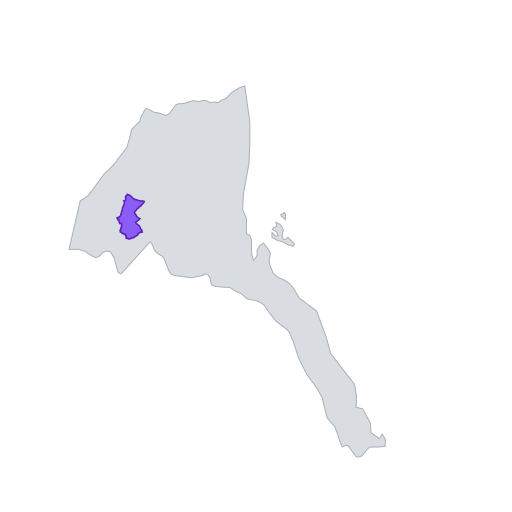 location of Gogne, Gash Barka, Eritrea, rotated 19°
{"feature_id": "51966322B22104639237429", "entity_name": "Gogne", "entity_type": "district", "adm_level": 2, "iso_a3": "ERI", "parent_name": "Eritrea", "parent_adm1": "Gash Barka", "projection": "albers", "projection_center": [37.411, 15.143], "detail": "fine", "context": "in_parent", "style": "filled", "palette": "violet", "viewbox_px": 512, "rotation_deg": 19, "n_neighbors": 0, "source": "geoboundaries", "source_scale": "gbopen_adm2", "svg_char_len": 7221}
<svg xmlns="http://www.w3.org/2000/svg" viewBox="0 0 512 512"><g transform="rotate(19 256 256)"><path d="M77.0,310.5L75.3,294.2L74.2,283.4L73.0,271.9L71.9,261.0L77.1,254.4L79.5,248.1L85.8,227.5L88.2,223.4L93.1,212.4L93.8,209.2L98.6,195.4L98.1,186.1L97.2,176.8L99.8,171.3L102.2,166.9L102.0,163.2L103.1,154.5L103.8,152.3L106.7,152.2L112.5,153.3L116.8,152.5L121.7,152.4L125.5,152.2L127.8,149.5L130.9,139.4L132.9,137.4L134.4,136.8L138.8,134.9L142.5,131.9L145.6,129.8L146.7,129.4L149.9,129.1L153.1,127.8L154.6,126.4L158.6,125.3L162.6,125.9L165.3,124.6L167.1,123.8L169.1,123.8L170.9,122.6L171.7,120.8L172.9,119.6L176.0,117.0L177.4,115.1L178.0,113.2L178.6,111.6L180.0,109.0L185.3,102.6L190.0,98.8L206.5,131.3L213.2,150.5L219.2,170.6L223.8,200.8L228.1,216.1L234.8,223.7L239.6,238.0L243.5,238.5L246.4,242.4L251.4,255.9L255.0,260.9L256.8,256.5L256.6,254.0L255.1,249.9L256.3,244.5L259.0,241.3L265.3,245.6L268.8,248.9L269.8,255.5L271.2,259.1L277.9,266.8L283.4,269.0L290.6,269.5L296.6,271.1L301.5,273.9L310.6,281.7L331.3,288.3L348.3,309.2L358.3,323.8L391.0,345.4L396.8,356.0L399.9,366.4L406.7,365.8L418.6,376.9L422.2,385.5L431.9,388.5L433.4,383.3L438.1,387.4L440.1,393.9L434.1,396.7L427.4,399.1L426.4,399.1L424.3,402.1L421.3,410.5L417.8,413.0L416.0,413.2L405.2,405.7L403.6,405.3L401.4,406.9L399.7,408.5L394.7,402.8L391.0,397.7L385.9,391.6L381.0,389.0L375.7,385.6L370.5,377.6L365.1,368.8L357.2,361.6L342.6,351.4L329.2,338.3L318.9,324.5L312.3,317.3L309.5,315.5L296.0,311.1L286.5,304.9L279.3,299.7L274.8,298.4L270.5,298.3L261.4,299.4L253.8,296.2L250.6,296.2L245.5,295.3L241.5,294.2L236.8,295.7L227.2,298.1L223.3,297.6L221.1,294.3L219.8,291.8L216.4,289.3L213.7,289.3L212.2,291.6L202.1,297.6L185.3,301.0L181.4,300.7L178.4,298.4L169.8,288.3L167.4,286.7L165.5,286.5L161.5,285.3L157.8,283.4L154.6,279.3L151.4,276.9L147.9,285.0L141.8,299.2L138.5,306.9L134.3,316.7L133.0,317.0L130.8,316.2L122.4,304.0L117.1,299.4L113.2,299.9L110.3,302.1L108.5,306.2L106.5,308.7L104.4,309.7L99.8,309.2L92.7,307.2L85.5,307.6L78.0,310.4L77.0,310.5ZM274.0,228.4L276.3,231.3L277.8,231.0L279.1,230.0L279.9,227.9L288.5,232.0L288.1,234.7L283.0,235.0L277.0,233.9L271.5,234.3L265.0,233.2L263.4,228.5L267.6,230.7L269.8,230.1L270.2,229.5L267.2,226.3L263.0,225.8L263.3,223.2L265.1,222.2L266.2,221.0L263.8,217.6L268.5,218.3L271.5,220.4L273.4,222.8L274.0,228.4ZM270.2,206.6L272.1,212.0L266.8,210.0L265.9,208.9L268.2,206.7L268.6,205.4L270.2,206.6Z" fill="#d9dde1" stroke="#a8b0b8" stroke-width="1"/><path d="M134.1,258.6L133.5,258.6L133.1,258.3L132.5,258.2L131.6,257.9L131.4,257.8L131.0,257.7L130.8,257.6L130.3,257.4L130.0,257.2L129.6,256.7L129.3,256.4L129.0,256.1L128.7,256.0L128.6,255.9L128.1,255.5L127.9,255.5L127.6,255.3L127.3,255.1L127.1,254.9L126.9,254.6L126.9,254.3L126.9,254.1L127.0,253.8L127.1,253.3L127.7,252.1L127.8,251.7L128.0,251.1L128.2,250.3L128.3,249.8L128.3,249.7L128.6,249.5L128.9,249.3L129.1,249.1L129.3,248.8L129.5,248.6L129.5,248.1L129.5,247.7L129.6,247.4L129.7,247.2L129.8,247.1L130.1,247.1L130.2,246.7L130.3,246.5L130.6,246.4L130.8,246.3L131.0,246.1L131.2,245.6L131.2,245.4L131.1,244.9L131.4,244.4L131.7,243.8L131.9,243.5L132.0,243.1L132.3,242.7L132.5,242.1L132.6,240.8L132.3,240.8L132.0,240.7L131.9,240.8L131.5,240.8L131.0,240.9L130.4,241.0L130.2,241.1L129.9,241.2L129.7,241.3L129.0,241.4L128.7,241.6L128.1,241.7L127.8,241.7L127.6,241.7L127.0,241.7L126.9,241.7L126.6,241.7L126.1,241.8L125.6,241.7L124.5,241.8L124.4,241.8L123.9,241.8L123.6,241.8L123.2,241.9L122.9,241.8L122.5,241.8L122.1,241.8L121.9,241.8L121.8,241.7L121.5,241.8L121.3,241.8L121.0,241.6L120.7,241.5L120.6,241.3L120.3,241.2L120.1,241.1L119.8,241.0L119.4,240.6L119.2,240.5L118.7,240.3L118.2,240.1L117.6,240.0L117.4,239.8L117.2,239.7L116.8,239.7L116.6,239.6L116.4,239.6L116.2,239.6L115.6,239.6L115.3,239.6L115.2,239.7L114.9,239.6L114.3,239.6L114.4,239.8L114.5,239.9L114.5,240.1L114.4,240.3L114.2,240.6L113.8,240.9L113.6,241.0L113.5,241.6L113.4,241.8L113.3,242.0L113.4,242.5L113.7,243.7L113.8,243.8L114.0,244.0L114.2,244.4L114.4,244.8L114.4,245.0L114.3,245.6L114.2,245.8L114.2,246.0L113.9,246.5L113.5,246.8L113.4,246.9L113.3,247.1L113.2,247.1L113.5,247.4L113.9,247.7L114.3,248.3L114.4,248.5L114.3,249.8L114.4,250.2L114.4,250.4L114.5,250.5L114.4,250.9L114.4,251.1L114.3,251.5L114.3,252.4L114.2,252.5L114.2,253.0L114.1,253.3L114.1,254.0L114.2,254.7L114.3,255.0L114.6,255.9L114.7,256.1L114.7,256.3L114.4,256.8L114.4,257.3L114.7,258.7L114.7,259.0L114.8,259.4L114.7,259.8L114.5,260.2L114.8,261.2L114.9,261.3L114.8,261.7L114.8,261.9L114.7,262.2L114.4,262.7L114.4,262.8L114.2,263.2L113.9,263.6L113.6,263.9L113.3,264.2L113.2,264.3L113.0,264.5L112.2,264.9L112.3,265.1L112.4,265.6L112.5,265.8L113.2,266.2L113.4,266.3L113.6,266.4L113.9,266.3L114.0,266.3L114.0,266.5L114.3,266.6L114.3,267.1L114.2,267.2L114.2,267.3L114.3,267.4L114.7,267.3L114.9,267.3L115.0,267.4L115.4,267.7L115.6,268.0L115.8,268.2L115.9,268.4L115.9,268.7L115.9,268.9L116.0,269.1L116.3,269.3L116.5,269.4L116.8,269.8L117.0,269.8L117.1,269.7L117.3,269.5L117.5,269.3L117.6,269.2L117.8,269.2L118.0,269.1L118.3,269.2L118.5,269.3L118.6,269.5L118.8,269.8L118.8,270.0L119.0,270.3L119.0,270.6L119.0,270.8L119.2,271.0L118.9,271.4L119.1,271.7L119.2,272.0L119.3,272.3L119.3,272.5L119.5,272.7L119.5,273.1L119.2,273.3L119.1,273.7L119.1,274.0L119.3,274.3L119.4,274.6L119.4,274.9L119.4,275.4L119.2,275.6L119.1,275.8L119.1,276.0L119.2,276.3L119.2,276.5L119.7,277.1L119.9,277.5L120.0,277.5L120.3,277.5L120.5,277.4L120.8,277.3L121.0,277.4L121.3,277.5L121.7,277.7L121.8,277.8L121.9,278.0L122.0,278.2L122.3,278.3L122.6,278.1L122.7,277.9L122.8,277.9L123.0,278.0L123.3,277.9L123.6,277.9L123.8,278.0L124.1,278.2L124.2,278.3L124.3,278.2L124.5,278.1L124.8,278.0L125.0,278.0L125.3,278.0L125.5,278.2L125.4,278.4L125.5,278.4L125.6,278.5L125.8,278.5L126.0,278.5L126.3,278.5L126.5,278.7L126.5,278.9L126.2,279.2L126.3,279.3L126.4,279.5L126.5,279.5L126.9,280.1L127.1,280.3L127.2,280.5L127.2,280.8L127.4,280.9L127.4,281.0L127.2,281.2L127.2,281.3L127.6,281.3L127.8,281.3L127.9,281.2L128.0,281.3L128.3,281.4L128.5,281.1L128.4,281.1L128.5,281.0L129.1,280.9L129.4,281.3L129.5,281.3L129.5,281.2L130.1,281.4L130.4,281.3L131.1,280.8L131.4,280.7L131.5,280.6L131.8,280.5L131.8,280.3L132.0,280.2L132.2,279.8L132.4,279.6L132.5,279.6L132.6,279.3L133.1,279.3L133.2,279.2L133.5,279.1L133.7,278.9L134.1,278.7L134.5,278.3L134.5,278.1L134.8,278.1L135.1,277.5L135.1,277.1L135.3,277.0L135.5,276.8L135.7,276.6L135.8,276.5L135.9,276.4L135.8,276.2L136.0,276.0L136.2,275.7L136.7,275.5L136.9,275.2L137.2,274.9L137.3,274.8L137.3,274.5L137.2,274.4L137.1,274.2L137.1,273.9L137.5,273.4L137.5,273.1L137.5,272.9L137.5,272.7L137.7,272.4L137.8,272.4L137.9,272.2L138.0,271.9L138.5,271.9L138.8,271.3L139.1,271.0L139.3,270.9L139.5,270.9L139.8,270.7L140.0,270.8L140.4,270.8L140.5,270.6L140.7,270.4L140.4,270.1L140.3,269.8L140.1,269.6L139.9,269.5L139.8,269.3L139.8,268.9L139.6,268.6L139.1,268.5L138.7,268.3L138.5,268.2L138.1,267.9L137.9,267.7L137.3,266.9L136.9,266.4L136.7,266.2L135.4,265.3L134.9,265.1L134.6,265.0L134.0,264.7L133.2,264.5L132.8,264.5L132.5,264.4L132.1,264.3L131.9,264.1L131.6,263.9L131.4,263.5L131.3,263.2L131.4,262.9L131.8,262.4L132.1,262.1L132.4,261.7L132.6,261.3L133.0,260.7L133.3,260.2L133.6,259.9L133.7,259.5L134.1,258.6Z" fill="#8b5cf6" stroke="#5b21b6" stroke-width="1.5"/></g></svg>